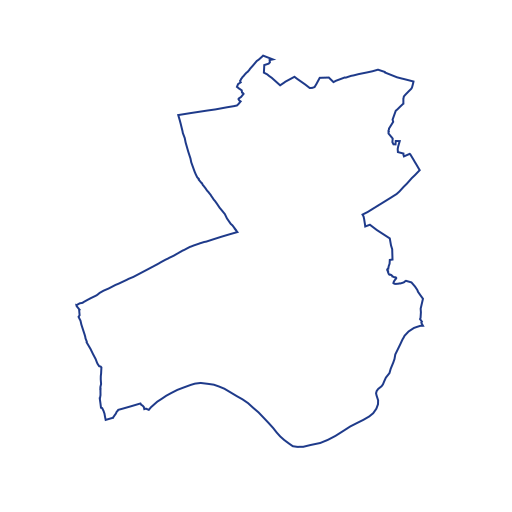 outline of Vecsalienas pag., Daugavpils, Latvia, rotated 170°
{"feature_id": "27541924B65627914021645", "entity_name": "Vecsalienas pag.", "entity_type": "district", "adm_level": 2, "iso_a3": "LVA", "parent_name": "Latvia", "parent_adm1": "Daugavpils", "projection": "equal_earth", "projection_center": [26.809, 55.845], "detail": "fine", "context": "isolated", "style": "outline", "palette": "blue", "viewbox_px": 512, "rotation_deg": 170, "n_neighbors": 0, "source": "geoboundaries", "source_scale": "gbopen_adm2", "svg_char_len": 5938}
<svg xmlns="http://www.w3.org/2000/svg" viewBox="0 0 512 512"><g transform="rotate(170 256 256)"><path d="M84.2,323.6L86.4,329.3L86.9,329.9L93.0,328.4L93.2,330.0L93.0,331.3L98.2,333.7L97.9,336.7L97.0,339.1L94.5,344.2L98.4,345.0L99.2,341.7L101.2,342.1L101.9,344.3L101.9,344.6L101.6,345.6L101.0,347.9L101.3,348.5L104.1,353.4L104.2,353.8L104.2,354.1L103.9,355.0L103.6,355.5L103.9,355.9L103.9,356.1L103.0,357.8L102.9,358.4L97.6,364.3L97.8,366.6L93.7,373.8L93.3,374.5L93.2,374.7L92.6,375.1L91.5,375.7L87.9,378.2L84.7,380.3L84.4,380.4L84.2,381.7L83.8,383.9L83.7,384.5L83.6,385.3L83.4,385.6L83.1,386.3L82.8,387.2L82.6,387.4L82.3,387.8L81.0,388.8L79.8,389.7L79.7,389.8L79.2,390.1L77.0,391.7L74.1,393.7L73.3,394.6L72.9,395.3L71.5,398.3L71.0,399.5L70.8,399.9L70.6,400.5L76.3,403.1L80.3,404.9L81.5,405.4L86.1,407.5L96.3,413.8L97.2,414.4L97.2,414.9L103.5,418.3L109.3,417.7L114.9,417.5L123.4,417.3L128.5,416.9L131.0,416.9L135.2,416.3L135.5,416.2L136.8,416.1L137.6,416.4L146.8,414.7L149.5,413.8L153.3,419.1L162.3,420.4L166.8,414.7L169.0,412.2L171.4,411.8L173.9,412.1L177.8,416.4L184.7,423.3L187.0,425.8L196.7,422.6L198.3,421.8L202.6,419.9L209.6,428.8L211.8,431.0L213.4,432.9L216.4,435.2L215.3,439.9L214.7,442.6L210.2,443.2L208.7,444.3L208.6,446.6L205.3,446.7L213.9,451.9L214.2,452.1L215.5,451.2L219.2,448.9L221.4,447.9L226.3,443.8L228.1,442.4L229.0,441.7L229.6,441.2L229.9,440.8L230.5,440.2L230.8,440.0L232.4,438.7L232.9,438.5L233.4,438.3L234.2,437.7L234.8,437.2L235.3,436.9L236.4,435.9L237.0,435.4L238.0,434.7L238.3,434.5L238.7,434.0L239.9,432.9L240.1,432.7L240.2,432.3L241.2,431.4L241.2,431.0L241.2,430.4L240.9,429.7L243.8,428.4L245.4,425.9L243.4,423.6L243.2,423.5L241.3,421.6L241.4,419.4L240.6,418.8L240.1,417.8L243.1,415.2L245.6,414.1L246.0,413.6L245.5,412.1L244.3,410.9L247.0,408.6L248.7,407.5L250.8,407.5L250.9,407.4L258.7,407.5L270.5,407.4L278.7,407.7L295.6,408.1L308.1,408.3L307.7,404.6L307.5,402.8L307.2,399.2L306.7,391.6L306.7,389.8L305.7,384.5L305.6,380.0L304.6,370.5L303.6,363.4L303.5,359.5L301.8,349.7L301.2,347.1L300.2,343.6L299.3,342.4L298.9,341.7L299.2,341.2L298.5,340.0L296.9,337.2L296.6,337.1L296.0,335.0L295.6,334.5L294.0,331.5L292.9,329.0L291.6,327.0L291.5,326.8L291.5,326.7L289.9,323.8L289.8,323.3L288.5,320.5L287.8,318.8L286.9,317.4L285.4,314.3L285.0,313.4L283.3,309.5L283.0,309.1L279.4,302.7L278.1,298.1L275.3,292.0L273.9,290.3L271.6,285.8L271.8,285.8L270.2,282.8L277.9,282.0L286.6,281.0L295.5,279.8L302.5,278.8L304.6,278.8L307.6,278.4L309.4,278.2L309.6,278.1L314.7,277.3L314.9,277.3L318.8,276.5L319.3,276.5L326.5,274.2L327.0,274.2L334.2,271.6L336.9,270.6L339.4,269.9L341.7,269.3L343.0,268.8L345.7,268.1L350.2,266.6L351.6,266.1L353.1,265.5L364.8,261.7L367.0,261.0L372.3,259.3L380.4,256.7L385.5,255.6L387.3,255.0L396.1,252.6L399.4,251.9L405.1,250.1L407.0,249.5L408.4,249.2L412.2,248.3L416.4,246.8L418.5,245.6L419.7,245.0L421.3,244.5L423.5,243.9L426.3,243.1L426.5,243.1L426.8,242.9L429.1,242.2L434.3,240.4L434.6,240.1L434.9,240.0L437.8,240.0L441.2,238.8L441.4,238.9L441.4,238.6L441.3,237.7L439.3,234.1L439.5,234.1L440.0,228.3L441.3,226.9L440.5,224.1L440.1,222.9L440.0,221.3L439.9,218.9L439.1,213.1L438.4,208.2L438.2,206.2L438.2,204.4L437.5,201.0L437.8,200.4L435.3,193.7L435.2,193.5L433.6,187.9L431.8,182.3L431.1,178.6L430.7,177.2L429.6,174.7L428.2,174.1L427.6,173.1L429.0,167.0L429.7,164.7L430.3,161.6L430.8,156.8L432.0,154.0L432.4,152.1L432.2,152.1L432.6,150.2L433.3,146.0L433.6,145.2L434.4,142.9L434.6,142.9L434.8,137.4L434.9,135.6L435.0,133.5L433.9,132.9L433.0,129.7L432.8,128.2L432.6,127.2L432.6,123.8L432.5,120.7L425.2,121.5L424.8,121.5L424.6,121.9L424.4,122.2L423.5,123.0L423.0,123.6L422.2,124.3L421.6,124.9L420.9,125.8L420.3,126.7L419.9,127.1L419.3,127.4L418.8,127.9L418.4,128.4L415.0,128.7L405.3,129.7L402.7,130.0L396.6,130.7L395.4,130.8L394.9,129.4L393.7,128.4L392.7,126.8L392.6,124.6L390.9,124.8L390.8,124.7L388.3,123.1L385.7,125.3L378.5,129.7L373.5,131.8L368.6,134.0L363.2,135.8L356.7,137.8L350.4,139.0L342.6,140.4L338.3,140.9L332.6,140.6L325.4,138.4L319.9,136.6L315.1,133.9L310.2,130.8L305.1,126.4L299.1,121.2L294.2,117.2L289.4,112.5L285.4,107.3L280.7,101.6L276.5,95.3L272.6,89.4L268.9,83.5L266.3,78.6L263.5,74.1L260.1,69.8L256.3,65.8L252.8,62.3L248.6,60.9L242.6,59.9L234.9,60.4L225.2,60.7L217.0,62.5L209.1,65.0L201.3,68.2L192.7,71.8L185.8,73.9L178.7,76.0L172.4,78.3L167.9,80.8L164.0,84.7L161.6,88.8L160.8,92.7L161.5,97.8L161.6,100.0L160.6,102.1L158.7,103.9L155.0,105.9L153.3,107.5L151.4,110.5L149.2,113.7L144.9,117.5L142.9,121.6L139.4,127.1L137.5,130.5L135.9,134.9L132.9,139.0L129.2,144.1L126.2,148.4L124.8,150.0L123.5,151.7L118.8,155.2L113.0,157.7L110.0,158.2L106.3,158.7L103.7,158.3L104.6,160.8L104.7,161.8L104.0,162.5L105.4,165.4L104.7,166.5L103.4,171.8L103.0,175.5L99.0,184.9L101.0,189.0L102.8,192.9L102.8,193.6L102.9,194.0L103.2,194.9L104.7,198.3L107.5,203.0L112.6,205.5L112.8,205.4L113.0,205.4L113.5,205.2L114.1,204.9L114.6,204.5L115.9,204.2L116.7,204.1L118.6,203.9L119.1,203.9L119.4,204.1L119.9,204.1L120.6,204.0L122.7,204.2L123.1,204.2L123.8,204.4L124.6,204.7L125.2,205.3L125.4,205.5L124.6,207.0L123.6,208.0L122.9,208.7L121.9,209.5L121.7,209.9L121.8,210.3L122.1,210.7L122.6,210.9L122.9,210.9L123.2,211.0L123.5,211.1L124.0,211.4L124.3,211.7L124.7,211.9L125.3,212.2L125.3,212.7L125.6,213.2L126.2,213.9L126.7,214.1L126.9,214.3L127.2,214.2L127.5,214.4L127.8,214.4L128.1,214.7L128.3,215.1L128.4,215.3L128.8,217.2L128.8,217.5L128.6,217.6L128.5,217.9L128.5,218.2L128.7,218.3L128.9,218.3L129.0,218.6L129.1,218.8L129.2,219.4L129.1,220.0L128.7,220.3L128.3,220.7L128.1,220.7L127.9,220.6L127.1,222.9L125.8,225.2L124.9,228.9L122.2,228.8L121.1,236.3L120.7,239.0L121.2,243.0L121.2,244.3L121.2,250.1L132.5,260.6L138.4,267.0L143.3,266.1L143.2,267.9L143.1,273.5L143.2,276.2L143.9,278.3L138.5,279.9L125.5,285.1L125.2,285.2L112.9,290.1L110.5,291.1L106.8,292.6L103.6,294.6L98.8,298.3L98.7,298.4L94.9,301.0L89.0,305.7L85.5,308.0L79.9,312.1L82.5,319.1L83.3,321.1L84.2,323.6Z" fill="none" stroke="#1e3a8a" stroke-width="2"/></g></svg>